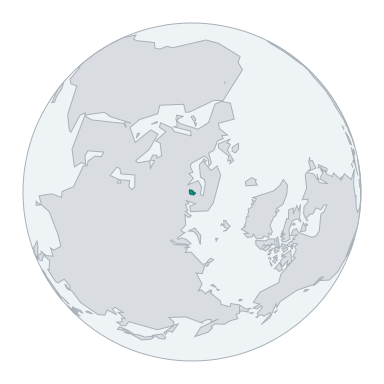 North Karelia highlighted on a globe, orthographic projection, rotated 143°
{"feature_id": "FIN-3190", "entity_name": "North Karelia", "entity_type": "Province", "adm_level": 1, "iso_a3": "FIN", "parent_name": "Finland", "parent_adm1": "", "projection": "orthographic", "projection_center": [29.553, 62.804], "detail": "fine", "context": "on_globe", "style": "filled", "palette": "teal", "viewbox_px": 384, "rotation_deg": 143, "n_neighbors": 0, "source": "natural_earth", "source_scale": "10m", "svg_char_len": 11844}
<svg xmlns="http://www.w3.org/2000/svg" viewBox="0 0 384 384"><g transform="rotate(143 192 192)"><circle cx="192" cy="192" r="169" fill="#eef3f6" stroke="#a8b0b8"/><path d="M45.3,108.2L45.5,107.7L48.5,102.8L55.3,92.7L62.8,83.1L71.0,74.1L79.8,65.6L83.0,63.1L108.3,47.5L90.1,57.4L97.0,52.5L105.4,47.6L104.2,48.7L114.6,44.4L122.8,40.8L135.4,39.1L143.0,44.2L138.2,45.0L140.6,46.4L146.8,45.6L150.3,44.8L166.9,50.3L187.2,51.5L193.9,48.7L192.2,52.1L205.1,44.8L216.4,44.5L203.5,46.9L202.0,48.8L209.5,49.5L209.7,51.6L213.4,53.3L212.9,55.9L205.4,57.4L204.9,59.2L210.3,59.6L213.1,62.6L205.3,61.7L209.5,67.0L197.8,71.1L177.3,67.4L170.6,72.8L148.9,77.5L150.6,79.6L143.5,83.1L142.9,86.9L139.0,86.9L141.8,90.0L145.5,89.3L147.9,90.5L147.9,92.7L143.0,93.1L142.3,92.0L140.8,93.3L138.4,92.5L139.5,94.2L133.6,94.5L139.4,97.6L134.5,100.7L130.6,100.0L131.2,95.6L123.7,83.9L120.0,82.2L114.0,84.1L102.4,96.7L98.1,96.9L92.2,100.4L94.4,102.2L99.8,100.2L102.5,104.6L108.8,101.8L110.8,103.3L117.2,102.4L116.0,107.4L111.3,112.9L105.9,113.9L103.7,116.4L108.6,119.5L98.4,125.8L91.3,137.5L88.7,138.7L83.9,133.3L84.5,122.7L78.4,116.7L82.0,125.6L75.4,128.9L74.2,131.7L74.4,134.6L76.8,135.4L74.5,137.7L70.0,129.5L72.0,127.2L73.4,129.8L73.6,124.9L70.6,119.8L67.5,122.1L66.1,112.7L63.9,114.3L62.3,113.3L66.0,111.3L59.4,114.9L57.3,106.0L48.3,112.8L57.5,102.0L61.0,96.2L64.4,89.9L62.9,90.8L69.5,81.9L72.1,76.3L68.0,78.1L61.7,84.6L54.9,93.9L55.2,94.5L51.5,101.0L49.2,101.9L41.9,115.1L40.0,118.3L45.3,108.2ZM34.7,130.4L34.6,130.6L31.7,138.5L31.4,140.3L30.2,146.6L28.4,150.9L29.1,151.5L27.4,157.9L26.0,173.9L25.7,173.6L24.2,192.6L25.6,210.1L25.9,217.0L25.5,217.1L26.6,223.1L26.7,224.6L33.9,248.4L39.8,263.1L41.1,267.6L39.8,265.3L34.7,253.8L30.6,241.9L27.3,229.7L24.9,217.3L23.5,204.7L23.0,192.1L23.5,179.5L24.9,166.9L27.3,154.5L30.5,142.3L34.7,130.4ZM46.1,114.0L38.0,131.8L40.3,123.7L40.3,124.7L42.8,119.8L46.8,111.8L49.4,105.3L46.1,114.0ZM47.8,117.3L49.0,114.6L48.1,117.0L47.8,117.3ZM151.8,44.1L146.9,45.4L141.3,45.4L145.4,44.1L151.8,44.1ZM162.5,45.0L160.3,46.0L157.8,44.0L159.9,44.0L162.5,45.0ZM198.7,46.3L194.7,46.3L198.5,45.6L198.7,46.3ZM214.0,53.1L215.1,52.4L216.6,53.6L214.0,53.1ZM117.5,99.8L117.3,101.1L116.2,100.6L117.5,99.8ZM120.4,98.2L119.2,96.7L120.4,95.8L121.1,96.7L120.4,98.2ZM217.1,58.7L219.1,60.9L215.8,58.9L217.1,58.7ZM121.6,100.4L122.6,94.3L124.8,92.7L129.3,95.1L121.6,100.4ZM219.4,62.3L224.4,67.8L227.2,66.7L221.9,73.0L219.5,66.1L214.9,63.8L218.4,63.9L219.4,62.3ZM146.6,88.1L142.8,89.0L146.0,86.2L146.6,88.1ZM148.1,86.1L154.7,76.3L160.4,76.3L157.0,79.5L164.4,78.0L164.0,82.8L159.8,84.7L156.2,83.7L158.8,86.3L148.1,86.1ZM218.2,75.7L218.3,77.3L216.7,75.9L218.2,75.7ZM149.1,90.7L150.0,88.7L155.0,88.5L154.2,92.6L152.8,91.3L149.1,90.7ZM166.6,75.4L170.2,76.1L170.8,80.1L172.3,81.0L164.5,82.9L166.6,75.4ZM151.7,92.5L153.7,94.7L151.3,96.9L148.7,92.7L151.7,92.5ZM156.5,86.8L158.9,86.9L157.3,88.2L156.5,86.8ZM144.0,106.1L144.9,103.5L147.5,103.2L144.0,106.1ZM154.7,95.4L155.5,94.6L156.6,94.3L157.4,96.1L154.7,95.4ZM165.5,85.7L165.0,87.3L168.7,85.1L169.3,88.2L164.0,89.0L166.5,89.9L166.7,90.9L162.2,90.5L165.5,85.7ZM161.7,96.9L155.2,99.2L153.0,104.1L150.5,104.5L154.5,96.7L161.7,96.9ZM162.4,93.2L161.4,95.6L158.9,94.8L158.0,92.6L162.4,93.2ZM171.7,90.0L172.1,85.1L173.2,85.1L171.7,90.0ZM161.6,98.5L163.2,97.9L161.7,98.9L161.6,98.5ZM169.1,92.7L169.1,91.0L170.4,91.0L169.1,92.7ZM166.4,98.3L164.3,99.0L163.5,97.5L166.4,98.3ZM168.0,95.9L169.8,96.4L164.6,96.6L167.8,95.1L168.0,95.9ZM170.4,93.1L171.1,92.5L170.2,93.8L170.4,93.1ZM170.2,103.6L163.8,104.2L162.2,100.9L168.7,100.7L170.2,103.6ZM153.9,356.6L142.2,351.1L146.7,349.4L145.1,346.1L132.1,334.0L135.0,329.1L131.5,325.3L124.4,323.5L120.4,318.7L116.1,316.8L89.4,305.0L81.4,294.9L72.1,271.2L77.1,267.8L78.2,259.2L112.4,246.2L119.4,252.0L146.0,257.4L149.2,259.6L145.8,267.0L165.5,280.7L172.2,275.1L190.4,281.4L202.7,280.8L207.6,265.7L187.5,266.4L184.3,258.7L200.7,251.7L218.3,250.8L217.6,247.9L206.8,242.2L211.1,235.8L203.0,239.6L206.1,242.6L201.1,245.1L198.0,242.6L199.7,240.4L194.4,239.2L187.9,250.4L190.3,254.6L176.5,255.9L179.1,263.3L175.3,266.2L169.3,255.0L170.1,251.1L158.7,237.3L156.6,241.5L167.2,254.9L163.8,253.5L161.0,259.7L160.4,253.9L149.4,238.5L137.0,237.5L120.8,248.4L113.7,246.4L107.9,239.8L114.4,224.8L129.5,231.0L132.0,226.1L129.4,216.1L134.2,219.0L135.0,215.8L140.8,217.6L149.4,212.1L155.3,213.1L159.1,203.3L162.7,202.6L159.4,208.5L160.3,213.2L175.1,215.3L178.1,213.5L179.4,207.1L183.3,208.6L182.6,202.2L191.4,200.2L180.2,197.4L181.4,190.2L186.8,185.0L185.2,182.3L176.3,190.7L174.6,194.6L176.3,198.7L169.7,209.3L164.5,210.3L163.8,197.6L156.3,197.7L159.0,188.1L181.5,170.5L190.7,167.4L204.9,177.1L202.5,181.9L196.2,180.6L201.7,188.4L201.4,184.5L204.7,185.9L206.6,179.7L209.0,180.5L206.8,173.4L210.0,173.6L211.3,178.1L216.9,169.4L223.6,168.2L223.7,166.0L222.0,163.9L231.6,164.0L231.3,162.3L228.0,161.6L225.2,157.9L223.9,151.5L227.3,151.9L228.2,154.2L235.3,159.9L237.2,166.3L238.4,165.9L237.6,160.4L229.0,153.4L227.3,149.5L231.8,152.1L230.0,150.9L230.3,149.1L233.7,147.7L228.9,144.6L226.7,124.9L233.1,120.6L237.3,124.9L239.4,112.4L246.4,109.0L243.4,108.3L242.3,102.2L240.1,103.2L238.5,102.4L234.8,87.7L236.5,84.8L231.4,78.2L229.9,77.9L228.3,79.7L221.9,73.0L227.2,66.7L230.5,67.7L231.6,63.3L239.0,66.2L245.6,66.8L253.0,72.8L257.6,72.9L257.5,71.2L263.6,70.3L276.6,74.8L266.6,78.6L247.1,74.6L255.1,76.7L253.4,78.5L256.4,80.8L262.0,82.2L262.6,81.0L272.2,96.0L286.0,105.7L284.7,98.8L288.0,96.7L302.6,102.9L320.6,126.6L325.3,125.1L328.4,127.2L330.4,133.4L326.0,130.4L324.4,133.7L321.6,131.2L323.5,140.4L319.5,137.3L322.9,146.3L326.1,146.4L326.0,139.2L330.6,148.7L335.6,146.2L340.8,150.6L347.5,170.9L347.5,185.2L348.4,187.5L346.1,190.1L346.5,199.3L353.7,200.0L354.8,202.8L353.8,217.4L353.2,215.7L347.0,222.8L348.4,231.1L353.2,227.3L354.9,230.0L352.4,235.1L350.3,233.1L348.1,235.4L346.8,229.0L341.5,224.3L338.7,232.5L337.2,228.7L329.4,227.5L324.5,239.0L317.9,262.2L319.9,272.5L316.3,280.9L304.8,274.7L299.5,266.1L295.4,270.6L283.5,267.5L263.1,278.2L260.1,276.0L256.3,279.3L247.9,279.1L243.3,274.9L238.3,276.9L250.4,287.6L255.8,285.3L260.3,277.8L262.6,282.1L270.8,282.8L262.0,298.4L231.7,317.4L228.7,309.9L205.2,287.8L205.9,284.5L205.8,284.2L205.5,283.6L203.4,288.9L199.3,283.7L211.9,301.3L214.1,308.4L231.3,318.0L229.7,319.6L235.2,320.7L252.7,312.6L252.8,315.2L244.6,328.7L220.2,346.0L223.5,351.4L221.7,355.4L206.5,359.0L207.9,360.0L200.0,360.7L199.8,360.8L184.4,360.8L169.0,359.4L153.9,356.6ZM100.4,258.2L99.4,260.7L100.4,258.2ZM237.0,257.1L247.5,254.4L242.7,245.8L246.3,244.1L243.3,241.9L242.3,245.2L234.9,238.7L239.4,234.2L238.1,229.9L234.5,230.7L227.4,240.0L237.9,249.3L235.5,254.1L237.0,257.1ZM26.0,174.4L25.7,177.2L25.7,174.6L26.0,174.4ZM39.4,124.0L38.2,127.2L37.2,129.5L37.9,127.2L39.4,124.0ZM32.9,151.0L32.2,155.0L32.4,151.4L32.9,151.0ZM37.1,134.5L33.4,147.9L33.9,141.4L36.4,133.2L35.4,138.0L37.1,134.5ZM45.8,117.7L44.9,119.9L44.3,120.0L45.8,117.7ZM47.2,119.1L47.4,118.4L48.4,117.0L47.2,119.1ZM75.7,129.4L76.0,130.1L75.6,133.2L74.7,132.1L75.7,129.4ZM80.8,145.7L77.0,149.1L79.1,145.8L77.0,144.7L78.7,136.5L87.5,138.9L83.2,139.2L80.8,145.7ZM83.5,126.6L81.4,131.3L83.4,126.1L83.5,126.6ZM133.7,197.1L135.5,200.3L133.0,203.5L125.5,202.9L129.0,198.2L133.7,197.1ZM138.6,204.1L139.9,191.9L144.7,192.0L141.8,194.0L144.8,195.2L141.0,198.8L144.2,211.0L142.2,214.6L129.4,211.3L134.7,210.2L132.6,207.1L138.6,204.1ZM135.0,162.9L135.6,158.3L145.1,164.3L143.4,168.0L135.8,167.6L133.3,162.9L135.0,162.9ZM129.3,106.0L129.0,104.2L130.3,104.1L131.8,105.4L129.3,106.0ZM144.2,104.9L132.4,113.8L131.3,112.1L125.6,119.5L120.7,118.2L124.6,113.3L116.5,118.0L118.0,113.1L112.9,116.8L122.0,106.2L123.0,102.2L123.8,107.2L128.2,108.5L130.5,107.9L137.6,103.2L142.1,95.4L147.2,95.7L149.7,98.0L149.4,99.9L146.2,99.0L148.1,102.2L143.2,102.5L144.2,104.9ZM175.5,127.5L171.9,125.2L175.0,132.6L170.0,132.5L170.7,133.4L167.0,135.4L163.7,139.4L161.5,138.6L161.2,140.5L158.7,142.0L157.5,144.4L153.2,143.9L151.3,146.9L150.3,145.0L148.3,150.2L147.9,146.2L144.7,147.8L146.8,150.9L126.3,143.8L118.1,144.3L111.5,147.0L111.6,140.0L117.8,133.0L126.9,127.4L134.8,128.0L133.4,124.9L136.8,124.3L136.5,127.0L139.0,122.5L141.7,122.8L149.8,118.5L151.7,112.0L154.7,110.3L155.3,113.0L157.9,109.5L161.0,113.6L163.3,112.5L168.6,115.6L168.4,121.6L170.9,120.0L175.1,122.4L175.5,127.5ZM171.6,104.6L172.6,111.5L170.3,114.9L162.0,108.2L159.5,108.6L154.1,104.7L157.4,99.9L158.7,101.4L160.7,101.8L158.8,103.1L161.8,102.4L163.6,104.5L166.4,104.5L165.9,106.8L171.6,104.6ZM153.2,257.4L155.7,258.3L159.8,258.7L158.2,262.7L153.2,257.4ZM145.5,247.1L147.8,247.1L147.5,252.8L144.8,251.9L145.5,247.1ZM149.4,242.5L148.0,246.7L147.2,243.9L149.4,242.5ZM161.6,208.2L164.2,208.0L164.3,209.5L162.8,211.5L161.6,208.2ZM183.7,150.3L182.0,148.2L182.8,147.4L182.1,141.5L185.7,141.3L187.5,144.7L183.7,150.3ZM204.0,268.6L200.3,271.7L198.5,270.4L200.2,269.6L204.0,268.6ZM178.0,268.3L183.8,270.6L177.5,269.4L178.0,268.3ZM187.5,149.0L186.8,146.6L189.0,148.0L187.5,149.0ZM188.2,140.8L190.9,141.9L186.0,140.6L188.2,140.8ZM250.2,347.7L238.2,354.5L230.3,356.5L229.1,356.3L233.7,353.0L242.9,349.7L247.5,346.5L250.2,347.7ZM354.9,236.9L354.6,237.8L355.4,234.8L356.4,231.2L354.9,236.9ZM355.3,235.4L352.4,242.5L345.3,246.1L347.9,241.2L354.6,232.6L354.3,234.7L356.1,231.0L355.3,235.4ZM359.4,214.9L359.2,216.2L358.5,220.3L358.1,219.1L358.3,215.1L359.1,211.4L359.6,189.0L360.2,185.7L360.6,193.5L360.9,192.2L360.7,201.8L359.4,214.9ZM320.6,272.8L324.4,275.0L322.2,278.4L320.6,272.8ZM358.1,177.5L359.0,186.9L357.6,176.9L358.1,177.5ZM356.3,169.9L357.1,171.3L356.3,172.1L356.3,169.9ZM350.0,190.1L349.3,194.4L348.5,193.3L348.8,187.0L350.0,190.1ZM344.7,154.4L347.7,158.2L348.7,160.2L346.9,159.8L344.7,154.4ZM217.1,144.9L214.1,153.2L214.3,159.4L218.2,162.9L211.5,161.6L211.1,152.1L217.1,144.9ZM225.2,127.3L221.8,124.4L224.1,123.5L225.2,124.0L225.2,127.3ZM222.6,127.1L216.9,127.9L215.5,124.8L220.3,124.8L222.6,127.1ZM202.2,138.3L201.1,140.7L199.3,139.5L202.2,138.3ZM361.0,191.1L360.9,186.7L360.7,183.3L361.0,191.1ZM359.3,169.3L359.0,170.9L359.5,176.2L357.6,163.8L358.4,164.2L359.3,169.3ZM357.8,166.8L358.3,171.7L357.2,165.3L357.8,166.8ZM358.0,171.7L357.2,170.1L357.2,167.3L358.0,171.7ZM357.6,164.9L356.1,160.7L356.9,161.2L357.6,164.9ZM355.0,166.9L356.4,163.7L356.0,170.8L352.2,164.6L352.1,160.8L355.0,166.9ZM330.3,120.8L328.2,120.0L327.0,116.3L328.8,117.9L330.3,120.8ZM321.2,104.1L326.0,115.0L329.5,124.2L330.1,122.7L334.1,127.3L331.1,128.1L326.1,119.6L324.1,113.2L320.4,109.9L316.8,104.1L312.4,102.1L309.7,99.0L313.1,99.0L321.2,104.1ZM310.5,101.6L301.4,96.7L300.7,91.3L302.6,91.1L307.0,95.6L307.1,98.2L310.5,101.6ZM299.0,94.0L299.0,96.6L285.5,96.3L282.5,94.9L292.4,91.9L292.9,94.2L296.3,95.3L299.0,94.0ZM220.0,77.1L218.4,77.3L219.4,76.1L220.0,77.1ZM237.3,103.1L235.4,101.8L236.6,100.4L237.3,103.1ZM230.6,97.7L230.7,100.2L229.2,97.4L230.6,97.7ZM231.0,105.8L230.0,101.1L233.0,105.9L231.0,105.8Z" fill="#d9dde1" stroke="#a8b0b8" stroke-width="1"/><path d="M192.6,189.2L192.6,189.3L192.9,189.7L193.1,189.8L193.2,190.0L193.7,190.3L193.9,190.5L194.2,190.7L194.2,190.8L194.2,191.0L194.3,191.1L194.5,191.4L194.6,191.5L194.6,191.9L194.5,192.0L194.5,192.4L194.4,192.5L194.3,192.8L194.2,192.9L194.2,193.0L194.0,193.3L193.9,193.3L193.9,193.5L193.7,193.6L193.5,193.8L193.3,194.2L193.1,194.4L192.8,194.8L192.7,194.8L192.0,195.2L192.2,194.9L192.2,194.7L192.1,194.4L191.9,194.2L191.8,193.9L191.8,193.7L191.7,193.5L191.7,193.4L191.6,193.2L191.4,193.2L191.4,192.9L191.2,192.8L191.2,192.7L190.8,192.4L190.8,192.2L190.9,191.9L191.0,191.9L191.0,192.0L191.4,191.9L191.2,191.7L191.3,191.6L191.2,191.6L191.3,191.5L191.3,191.4L191.1,191.2L190.9,190.9L190.8,190.7L190.9,190.4L191.0,190.3L190.9,190.3L190.9,190.2L190.8,189.9L190.8,189.7L190.7,189.5L190.8,189.4L190.7,189.4L190.5,189.2L190.4,189.2L190.6,189.0L190.6,188.9L191.2,188.9L192.1,188.8L192.2,189.3L192.3,189.3L192.5,189.2L192.6,189.2Z" fill="#14b8a6" stroke="#0f766e" stroke-width="1.5"/></g></svg>